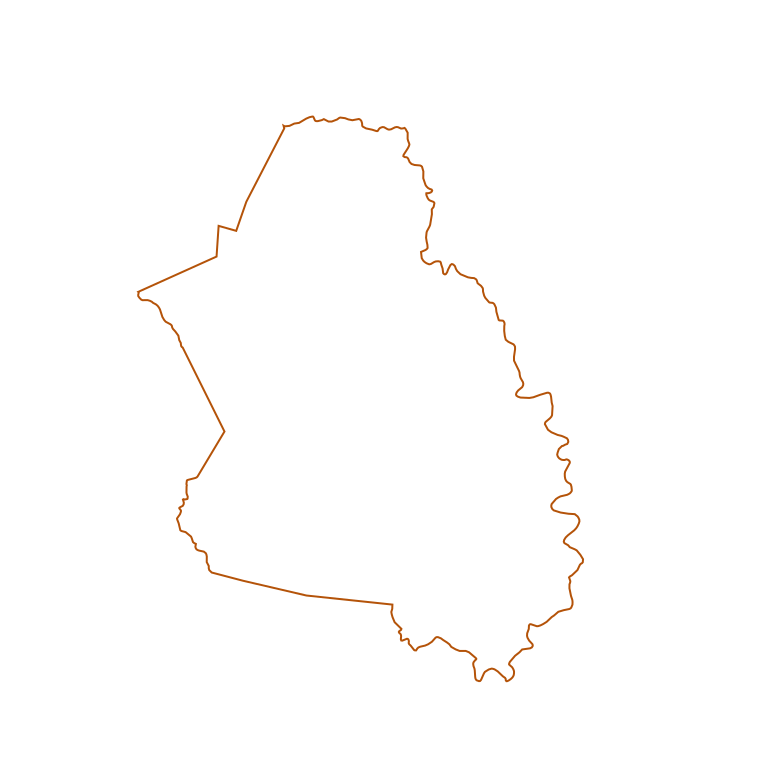 Yuscaran, El Paraíso, Honduras (Albers equal-area conic projection), rotated 24°
{"feature_id": "27666195B81385886170314", "entity_name": "Yuscaran", "entity_type": "district", "adm_level": 2, "iso_a3": "HND", "parent_name": "Honduras", "parent_adm1": "El Paraíso", "projection": "albers", "projection_center": [-86.803, 13.967], "detail": "fine", "context": "isolated", "style": "outline", "palette": "amber", "viewbox_px": 768, "rotation_deg": 24, "n_neighbors": 0, "source": "geoboundaries", "source_scale": "gbopen_adm2", "svg_char_len": 6153}
<svg xmlns="http://www.w3.org/2000/svg" viewBox="0 0 768 768"><g transform="rotate(24 384 384)"><path d="M637.1,463.1L632.9,460.2L627.7,457.6L625.4,457.4L620.1,457.5L617.8,456.4L613.6,456.0L612.4,455.0L612.0,453.1L612.4,450.3L613.6,447.3L617.3,440.3L618.2,437.7L618.6,435.5L618.7,432.3L618.4,430.0L617.5,428.4L615.8,426.9L614.6,426.2L611.2,425.3L605.3,427.5L597.6,429.6L590.5,430.4L588.5,429.7L586.9,428.3L586.2,426.8L586.0,425.4L587.9,419.1L589.3,416.9L590.9,414.9L596.3,410.8L597.5,409.4L598.3,408.2L598.8,406.7L599.0,405.4L598.7,404.5L597.1,401.7L595.6,399.9L594.8,399.5L591.5,399.1L589.8,398.4L588.2,397.0L586.8,394.9L585.6,392.4L585.1,390.3L585.8,380.6L585.6,379.9L585.1,379.2L583.6,378.5L581.8,378.5L581.1,378.8L579.9,380.0L578.7,380.5L577.4,380.9L575.9,380.9L574.2,380.6L572.8,379.9L571.8,379.1L570.9,378.0L570.5,375.9L570.2,372.3L571.8,368.3L572.8,367.6L574.1,365.8L575.8,364.2L575.9,361.9L574.8,360.2L573.2,359.2L569.5,359.1L567.2,359.2L563.4,359.9L556.6,360.0L552.4,359.1L547.3,355.2L547.0,354.1L547.1,352.9L549.6,347.7L550.2,345.7L550.2,344.1L547.0,335.6L544.8,332.8L541.7,327.5L540.3,325.8L539.5,325.2L538.6,325.1L537.7,325.1L536.6,325.6L531.1,330.3L525.8,335.4L522.5,337.6L514.1,340.9L511.5,341.1L509.8,340.8L509.3,340.4L508.8,339.7L508.6,337.8L509.2,335.3L511.5,330.7L511.6,328.6L511.2,327.2L510.2,325.8L506.6,323.2L505.4,322.0L504.2,320.3L503.2,318.5L502.1,317.2L493.3,309.8L491.7,306.3L489.6,298.9L488.5,296.6L487.5,295.8L486.2,295.1L480.4,294.9L477.2,294.0L474.9,291.1L472.2,286.6L470.3,282.1L469.8,280.2L469.0,279.0L467.9,278.1L466.8,277.8L463.5,279.0L462.7,278.8L457.3,272.3L455.2,268.7L452.3,266.2L451.2,265.8L450.2,265.7L447.5,266.6L446.8,266.6L441.5,264.1L439.6,262.6L436.9,259.3L435.7,256.9L435.1,256.2L432.8,254.9L428.6,253.9L426.4,251.4L425.5,250.9L423.3,250.6L420.5,251.6L417.3,252.4L409.2,252.6L405.0,251.1L402.9,249.6L400.9,247.5L398.9,246.7L397.9,246.7L397.1,246.9L396.3,248.3L396.0,253.2L396.2,256.3L395.8,258.4L395.1,259.1L393.9,259.1L393.0,258.7L390.5,254.6L387.9,251.8L386.5,250.0L385.7,249.4L383.6,249.8L381.4,251.0L380.1,252.3L378.1,255.2L377.1,256.0L376.4,256.3L373.7,256.4L371.4,256.0L369.6,255.3L367.3,253.7L364.1,248.3L367.5,244.6L368.3,243.1L368.5,242.0L367.1,239.3L365.1,236.6L362.9,233.2L361.3,228.4L361.1,227.2L361.5,221.7L361.4,219.8L358.7,209.4L356.6,205.0L357.3,202.0L356.5,198.3L355.8,197.7L354.8,197.5L351.5,197.7L349.9,197.4L348.3,196.4L346.2,194.5L345.3,193.2L345.1,192.5L347.3,191.4L348.8,190.0L349.4,188.7L349.3,187.6L348.4,187.0L346.3,187.2L344.4,187.0L342.4,186.2L341.0,185.3L336.2,180.1L333.5,173.8L330.4,170.1L329.4,169.7L328.0,169.7L322.8,171.5L319.6,171.8L317.1,170.8L314.4,168.3L313.4,167.8L312.4,167.7L310.5,168.3L309.0,168.0L308.7,166.7L309.9,158.9L310.0,156.4L309.8,154.9L309.2,154.1L307.1,152.0L305.9,150.5L303.4,144.8L299.7,142.1L298.6,141.7L297.5,142.7L295.7,143.7L292.3,143.7L291.0,144.1L289.6,145.1L286.9,148.4L285.1,149.6L283.6,149.8L279.7,149.4L278.3,149.8L277.3,150.6L276.2,151.8L275.6,153.4L275.4,155.2L275.0,155.7L274.3,156.0L269.7,156.5L263.7,157.8L260.0,157.5L259.1,157.0L257.9,154.7L256.4,153.0L254.9,152.2L253.3,152.1L247.8,155.9L243.8,156.8L240.3,157.0L235.6,158.4L234.7,159.4L233.6,161.4L229.6,165.4L226.5,166.8L221.3,166.5L219.9,168.2L216.6,170.8L215.5,171.3L214.7,171.5L213.7,171.3L211.2,169.0L210.4,168.6L209.8,168.8L207.5,170.5L205.0,173.2L200.2,180.0L196.1,182.6L192.7,186.6L189.1,188.7L188.0,189.0L187.2,188.9L188.9,191.1L184.1,273.5L186.7,304.2L168.6,306.8L179.2,335.7L122.0,399.8L122.7,400.1L123.2,402.6L123.8,403.7L125.7,404.8L128.0,405.7L129.4,405.6L134.0,403.5L136.4,403.2L138.5,403.3L140.0,403.8L143.2,404.0L145.3,404.6L147.3,405.7L149.0,407.0L154.3,412.9L157.1,414.9L159.2,415.9L164.5,416.3L165.7,416.6L166.6,417.2L167.5,418.5L168.8,419.5L172.0,420.9L176.5,423.5L179.1,427.2L181.7,429.2L182.5,430.7L183.5,432.0L184.3,432.4L185.3,432.6L257.6,492.3L251.3,544.3L250.9,545.4L250.0,546.5L244.2,551.1L243.4,551.8L243.2,552.4L244.2,555.8L245.0,556.6L245.3,557.9L247.7,563.5L248.5,564.7L250.5,566.7L251.1,568.5L251.1,569.0L250.5,569.5L248.9,570.6L247.8,570.7L247.3,571.3L249.4,573.8L249.9,575.4L249.7,577.2L248.0,579.3L247.4,580.4L247.6,580.9L249.9,582.1L250.4,583.2L250.6,585.9L249.6,591.0L250.1,591.8L253.1,594.8L257.4,600.4L258.7,600.7L263.0,600.0L269.8,601.9L271.2,603.2L273.8,606.1L275.1,606.5L277.2,606.6L277.9,609.5L278.9,610.6L280.0,611.3L281.3,611.5L282.8,611.4L287.6,610.4L290.1,611.1L291.1,612.0L292.3,613.7L294.5,618.8L297.9,621.5L298.9,623.7L300.1,625.1L303.3,626.3L335.1,621.1L399.1,608.8L481.4,582.1L483.0,586.1L483.4,589.3L484.7,591.2L486.6,593.5L490.6,597.3L499.5,600.6L499.6,601.6L498.4,603.8L498.4,604.5L499.0,605.1L500.8,605.7L501.5,606.3L502.2,607.4L503.2,610.3L504.1,611.3L505.1,611.0L508.6,607.4L509.4,607.2L510.2,607.5L510.9,608.2L511.5,609.2L511.9,610.6L512.9,611.5L514.7,612.1L519.8,614.8L520.5,614.8L521.7,614.3L522.0,612.1L522.6,610.7L523.9,609.3L528.0,606.2L530.2,603.8L532.6,600.0L534.3,594.7L535.1,593.8L536.2,593.3L539.5,593.2L542.1,593.8L546.7,594.5L549.6,595.2L552.4,596.8L557.4,597.3L561.7,597.1L567.3,594.6L570.8,594.5L579.3,597.0L580.1,597.5L580.2,598.1L579.6,599.3L579.0,601.7L579.1,602.8L579.6,603.9L580.6,605.4L582.3,607.1L583.4,608.7L586.5,614.6L587.4,615.9L588.2,616.6L589.2,617.0L591.7,616.8L592.6,616.2L593.0,614.8L593.0,607.6L593.3,605.9L595.8,602.2L598.0,600.3L599.2,599.9L601.0,599.7L604.8,600.3L611.5,602.7L614.1,603.2L615.1,603.9L615.8,605.2L616.7,605.7L617.5,605.3L618.6,604.0L619.8,602.0L620.6,600.1L620.9,598.6L620.9,597.1L620.4,595.3L619.6,593.5L618.3,592.1L616.4,590.7L612.4,589.4L612.0,588.4L612.0,586.7L614.3,578.9L616.9,574.0L618.2,570.3L624.9,566.1L626.2,564.5L626.4,563.0L626.1,562.1L625.4,561.3L621.0,559.4L618.3,557.4L617.1,555.9L616.2,553.5L615.9,548.9L614.7,545.8L614.8,544.7L615.2,544.0L616.0,543.7L622.2,543.1L623.3,542.5L625.1,540.9L627.0,538.6L629.3,535.2L632.0,528.7L633.4,526.5L635.9,521.2L640.2,517.5L644.8,514.2L645.7,513.1L646.0,512.1L645.9,508.9L644.9,506.4L643.9,504.7L641.0,501.5L636.5,495.2L634.9,491.5L634.8,489.7L634.4,488.3L631.7,485.4L632.2,484.1L633.5,482.3L636.4,475.3L636.5,469.5L637.0,468.1L637.8,467.1L638.1,466.0L637.1,463.1Z" fill="none" stroke="#b45309" stroke-width="2"/></g></svg>